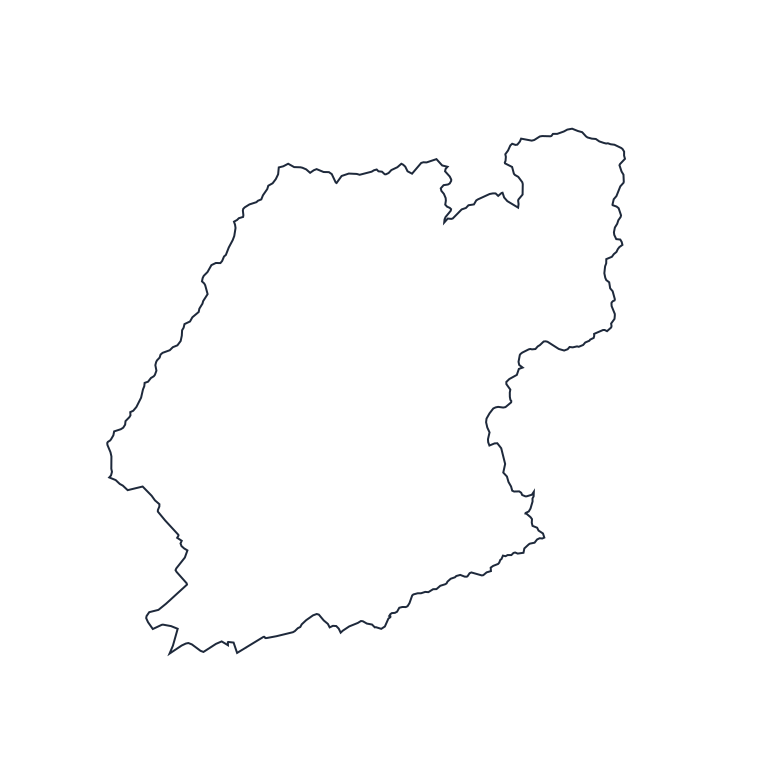 outline of Luc Yen, Yên Bái, Vietnam, rotated 76°
{"feature_id": "81297802B97878568873252", "entity_name": "Luc Yen", "entity_type": "district", "adm_level": 2, "iso_a3": "VNM", "parent_name": "Vietnam", "parent_adm1": "Yên Bái", "projection": "orthographic", "projection_center": [104.703, 22.111], "detail": "fine", "context": "isolated", "style": "outline", "palette": "slate", "viewbox_px": 768, "rotation_deg": 76, "n_neighbors": 0, "source": "geoboundaries", "source_scale": "gbopen_adm2", "svg_char_len": 6160}
<svg xmlns="http://www.w3.org/2000/svg" viewBox="0 0 768 768"><g transform="rotate(76 384 384)"><path d="M386.7,228.6L384.7,225.7L384.0,223.4L381.4,218.8L381.7,216.8L382.6,215.1L392.3,205.9L395.1,201.1L394.7,197.4L393.0,195.0L394.1,192.0L394.2,187.6L395.0,186.0L394.3,181.3L392.4,178.7L391.7,174.3L390.8,173.2L390.0,169.4L388.2,168.4L386.2,168.0L384.6,158.4L385.0,156.8L386.7,154.8L384.1,149.9L382.8,149.2L380.3,149.0L376.6,144.6L373.5,143.5L371.9,143.1L363.5,144.3L360.8,143.8L360.0,143.4L359.0,141.9L358.7,140.1L357.6,139.5L349.3,139.7L345.9,141.4L339.8,140.9L336.9,143.2L334.4,143.6L329.8,143.4L323.3,141.0L320.7,139.2L316.6,138.1L315.7,132.1L313.6,129.6L312.1,126.5L309.7,124.5L308.1,122.5L306.7,119.0L303.7,119.0L301.0,119.8L299.6,123.6L295.1,124.5L292.4,124.2L288.0,122.1L285.0,119.0L281.8,117.0L279.2,114.0L277.7,113.2L270.2,113.8L268.1,115.4L265.8,118.9L265.2,118.9L260.3,116.4L257.9,113.0L249.4,106.9L246.7,102.9L245.7,102.4L238.8,101.0L235.3,102.1L228.7,102.6L227.7,101.8L223.8,95.7L220.5,95.8L216.6,94.8L213.7,95.7L212.4,96.7L207.6,102.5L206.2,106.1L204.6,108.5L204.4,110.3L203.2,112.5L200.7,116.4L197.5,119.2L196.2,123.0L194.0,126.9L192.6,128.1L187.6,130.8L185.4,134.7L181.8,139.7L181.5,144.6L182.5,148.4L183.2,155.4L182.2,159.6L183.8,161.5L183.9,162.6L181.7,170.5L181.5,172.9L183.6,179.2L183.6,181.8L179.1,191.6L181.6,193.5L184.0,196.7L183.8,198.6L181.9,201.5L183.1,203.7L187.5,207.2L190.4,210.7L193.1,210.8L196.9,212.1L198.3,213.2L199.2,213.2L204.4,207.2L211.4,207.1L212.8,206.4L215.5,203.6L221.7,201.0L223.6,201.0L233.7,203.7L237.5,208.9L238.6,209.5L242.0,209.9L245.3,211.2L236.4,220.1L232.1,222.3L227.1,222.7L227.1,223.7L229.1,227.7L226.1,229.6L225.4,232.3L225.2,235.5L227.6,248.3L228.2,250.1L231.5,253.3L231.0,258.8L233.0,261.9L233.4,266.4L240.0,277.2L240.1,278.7L238.9,282.1L241.9,286.5L238.9,285.4L236.9,283.9L232.0,277.3L230.6,276.6L229.0,277.6L227.2,279.9L224.8,281.2L221.0,279.6L218.5,279.2L214.0,279.9L210.5,281.6L207.9,281.6L205.5,278.1L205.9,273.6L205.3,271.7L203.2,269.7L201.9,269.3L198.6,270.0L192.4,273.3L190.2,272.2L188.6,269.8L186.0,274.7L178.5,278.7L179.3,289.1L178.4,292.1L178.5,294.4L186.7,305.9L183.3,309.7L178.2,310.8L175.8,312.4L174.5,313.9L176.9,318.6L178.2,325.1L180.4,328.5L181.0,331.5L180.6,332.6L177.5,334.6L176.3,337.9L174.1,339.2L174.2,342.1L175.0,344.6L175.1,357.0L173.6,359.6L171.3,367.2L171.9,374.8L177.5,381.4L176.8,382.1L167.7,383.9L165.1,386.2L163.7,391.3L159.2,397.4L159.6,400.4L161.2,404.6L156.9,407.6L154.4,410.9L153.5,412.7L151.8,418.7L147.1,423.7L148.4,429.1L148.4,433.7L154.9,436.0L159.0,439.4L162.3,443.5L163.6,448.3L166.6,450.1L171.6,455.8L175.2,458.4L175.7,462.0L176.7,463.8L177.2,471.1L178.9,476.4L180.0,478.2L181.6,479.0L186.2,479.6L187.8,480.3L188.0,484.7L189.3,486.9L190.2,490.3L193.4,490.0L196.7,490.3L204.2,493.5L207.8,496.0L214.0,501.6L220.5,506.2L221.6,508.4L225.5,511.3L227.1,513.5L225.9,517.9L226.9,522.7L232.7,528.2L235.4,532.7L237.3,534.3L240.4,535.8L243.0,534.1L244.9,533.6L254.1,533.4L259.8,539.4L262.1,540.7L266.2,544.9L269.3,546.4L272.9,553.8L276.4,557.1L277.6,563.1L280.9,564.8L283.0,566.9L288.2,568.5L293.1,570.9L296.5,575.1L297.2,580.0L299.4,583.7L300.2,591.3L301.4,593.7L304.1,595.3L306.2,598.6L307.6,599.8L310.4,601.3L316.0,601.6L319.7,604.1L320.8,605.5L321.8,608.7L324.7,612.4L325.0,616.0L328.1,617.1L331.0,619.2L338.5,623.0L346.4,629.8L349.3,633.8L349.9,637.0L353.1,637.6L354.6,639.1L357.5,643.8L360.8,645.0L363.3,647.6L364.2,650.3L364.7,657.3L368.3,659.0L371.4,662.0L372.5,663.3L373.4,666.0L374.3,666.8L376.2,667.1L384.1,665.9L388.3,666.0L400.3,669.1L403.4,669.2L406.7,671.0L408.2,673.2L412.3,667.6L417.0,664.6L419.4,662.0L425.0,658.4L425.1,643.0L436.2,636.5L441.5,634.4L446.3,631.0L448.5,631.6L451.6,633.9L453.1,634.3L463.4,629.4L480.6,620.0L481.4,620.1L483.2,621.9L487.2,618.2L489.5,620.0L492.3,619.7L495.2,617.7L497.9,615.0L504.2,619.2L512.7,630.2L514.2,631.3L516.2,630.7L529.6,623.7L531.0,623.7L544.5,648.7L548.6,657.5L548.6,667.0L551.7,670.5L553.6,671.4L558.0,670.6L565.8,667.6L563.9,657.9L564.0,656.7L567.4,649.2L571.6,643.4L586.8,652.1L593.7,657.3L588.8,643.6L587.9,639.1L588.0,636.5L590.2,633.4L598.5,626.6L600.3,624.0L595.5,609.9L594.5,603.8L599.7,598.6L596.8,598.0L596.6,597.6L598.5,592.5L609.4,591.6L600.2,562.1L600.4,561.2L601.8,560.6L602.1,559.3L602.7,549.4L602.8,532.4L602.2,530.3L600.1,526.7L599.5,524.0L597.3,522.0L594.3,516.6L591.3,508.8L590.9,504.9L592.0,503.0L598.8,499.7L603.2,496.5L607.0,495.6L606.3,492.1L607.3,488.9L610.4,487.1L614.8,486.2L613.4,483.7L610.8,476.4L609.5,467.2L608.4,463.7L609.1,461.9L612.3,458.6L614.5,453.8L617.9,451.8L618.0,450.7L620.9,445.9L619.5,441.8L612.7,436.5L611.8,434.3L611.0,434.0L610.3,435.0L608.8,433.4L608.2,431.8L608.7,428.8L608.1,426.4L604.8,423.3L604.8,420.2L605.7,416.8L605.3,414.9L602.8,412.3L596.0,407.8L595.3,406.4L595.2,401.8L596.0,398.7L595.7,394.3L596.7,391.3L595.0,386.0L595.7,382.7L593.4,378.2L593.1,373.0L592.6,371.5L591.1,370.2L589.1,366.4L588.7,361.9L587.8,360.3L587.7,356.2L590.5,352.2L591.0,350.3L590.7,349.4L588.3,346.7L588.0,344.8L593.4,335.4L593.5,333.9L591.6,330.0L591.4,325.5L588.0,324.9L586.9,322.1L586.2,316.8L585.2,315.4L582.8,313.7L582.3,312.4L579.3,310.1L580.5,307.7L579.9,305.5L580.8,301.8L579.3,299.3L579.2,298.3L579.3,297.4L580.9,295.3L581.5,289.5L577.5,287.6L574.6,282.3L574.2,281.1L574.4,276.3L571.9,273.1L571.3,270.3L572.2,267.8L571.8,265.6L567.5,265.9L563.6,269.5L560.5,270.2L557.6,274.2L554.4,274.2L550.9,273.1L548.7,274.0L544.4,277.1L543.9,278.1L543.4,277.8L542.7,274.4L540.3,272.0L534.0,268.3L531.0,267.6L529.2,266.0L524.8,264.7L527.2,267.3L527.5,272.7L527.2,274.0L525.1,276.8L522.7,277.2L520.9,278.8L519.8,283.8L518.5,285.4L514.2,285.5L509.2,286.9L503.5,287.1L498.8,289.7L490.9,285.8L474.7,285.8L468.9,288.4L468.4,291.1L469.2,296.6L465.7,297.0L462.8,296.5L456.5,293.3L451.2,294.3L445.8,294.2L442.4,292.9L438.0,288.7L434.2,283.9L433.7,281.4L433.8,278.8L435.7,274.0L435.8,271.7L432.6,265.1L431.3,264.6L429.9,265.2L426.9,265.0L422.7,264.0L420.0,262.8L413.7,265.3L411.6,264.8L409.5,261.2L407.3,252.9L402.0,249.5L401.6,245.5L398.2,248.2L395.0,248.1L388.7,245.2L387.9,244.3L387.0,242.3L385.4,235.2L385.4,233.6L386.2,232.0L386.7,228.6Z" fill="none" stroke="#1e293b" stroke-width="2"/></g></svg>